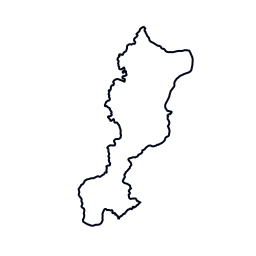 the district of Cumbitara, Nariño, Colombia, rotated 225°
{"feature_id": "7082276B90386853477374", "entity_name": "Cumbitara", "entity_type": "district", "adm_level": 2, "iso_a3": "COL", "parent_name": "Colombia", "parent_adm1": "Nariño", "projection": "natural_earth1", "projection_center": [-77.6, 1.741], "detail": "fine", "context": "isolated", "style": "outline", "palette": "ink", "viewbox_px": 256, "rotation_deg": 225, "n_neighbors": 0, "source": "geoboundaries", "source_scale": "gbopen_adm2", "svg_char_len": 5834}
<svg xmlns="http://www.w3.org/2000/svg" viewBox="0 0 256 256"><g transform="rotate(225 128 128)"><path d="M120.4,53.6L119.7,49.8L117.3,48.4L116.7,47.7L116.0,46.3L115.6,45.9L113.4,45.3L111.5,45.2L110.8,45.0L110.1,44.5L109.3,43.4L108.4,43.0L107.6,42.8L106.6,42.2L105.8,40.3L105.3,39.5L103.9,39.4L102.6,39.8L102.0,39.8L100.7,39.0L99.7,37.7L98.7,36.2L98.4,35.9L97.8,35.8L96.6,34.7L95.4,32.7L95.2,31.7L94.7,31.0L93.7,30.3L93.1,30.1L88.4,31.3L87.1,32.1L85.6,32.6L84.3,33.5L83.6,34.2L82.3,36.9L80.9,38.2L79.8,40.1L79.7,41.8L80.2,43.7L81.0,45.2L81.8,45.7L83.9,48.0L85.0,48.9L85.6,49.7L86.9,52.9L87.1,54.1L86.9,54.5L86.2,55.1L84.9,55.1L84.1,56.1L82.0,57.4L81.6,58.2L81.2,58.5L80.2,58.4L79.5,57.8L79.3,57.1L79.0,57.0L78.4,57.1L77.4,58.3L76.9,58.6L76.5,58.6L75.9,57.8L74.7,58.4L74.0,58.2L72.9,58.4L72.1,58.1L71.0,57.2L70.4,57.7L71.0,58.5L70.7,59.6L70.9,60.4L70.3,61.3L70.5,63.9L69.7,65.0L70.0,65.8L70.1,67.8L70.4,68.7L70.2,69.3L70.3,70.0L69.7,71.4L69.5,72.5L69.2,72.8L68.0,73.2L68.1,74.7L68.2,75.0L68.7,75.2L68.8,75.8L68.4,76.2L67.9,76.0L67.5,76.1L67.2,76.7L67.1,78.0L66.8,78.5L67.1,79.7L66.6,80.7L66.8,81.8L66.8,84.0L67.6,83.9L68.7,83.2L69.6,83.3L70.3,82.8L71.9,83.5L72.7,83.5L73.3,83.1L75.0,81.2L75.9,79.8L76.4,79.5L77.2,79.4L77.8,79.5L80.2,81.1L80.4,81.6L80.3,82.9L81.0,83.6L82.4,83.8L83.1,84.2L83.4,86.0L83.1,87.3L84.6,87.7L85.7,88.7L87.5,88.4L89.5,87.8L90.9,86.9L92.0,86.5L93.0,86.4L93.7,86.6L94.6,87.4L94.6,88.2L94.9,88.7L95.3,89.9L95.3,90.8L95.8,91.4L96.8,91.8L97.7,92.7L97.6,93.9L98.1,94.5L98.3,95.2L98.2,97.6L98.4,98.7L98.4,101.0L99.1,101.8L99.5,104.2L100.4,104.9L101.5,105.4L104.4,105.6L105.4,105.9L105.7,106.4L105.6,107.5L104.5,109.2L103.7,111.0L101.9,112.5L101.8,113.5L101.2,114.4L101.2,114.9L101.7,116.5L101.2,117.5L101.1,118.2L100.8,118.9L100.7,120.5L101.0,121.2L101.9,122.1L102.0,122.6L101.2,124.3L101.4,127.2L101.0,129.9L99.7,131.6L98.3,132.0L97.0,133.0L95.6,135.7L95.5,136.9L94.6,137.7L94.4,138.8L93.5,141.2L93.3,142.6L93.3,145.1L94.4,147.2L94.6,148.1L93.8,150.6L93.9,151.7L96.5,155.3L98.2,156.4L99.0,156.6L99.7,157.1L100.0,157.0L101.0,157.5L101.3,158.0L101.3,159.0L101.8,160.0L102.8,161.3L104.4,162.0L106.3,162.4L107.1,163.1L107.9,164.5L108.7,164.5L108.9,164.8L109.0,166.0L108.4,167.2L108.1,167.4L108.0,169.2L108.4,170.1L109.0,170.2L109.8,169.4L111.0,168.9L112.2,168.1L112.6,168.0L115.8,168.7L117.2,169.7L118.1,170.9L118.6,172.0L120.0,176.6L120.9,179.1L122.6,181.8L123.9,184.3L124.7,189.9L125.3,191.0L126.7,192.2L127.3,193.1L127.8,194.0L128.4,197.4L128.1,199.3L128.2,200.4L127.7,202.7L127.2,203.5L126.7,205.4L124.4,210.2L124.0,211.5L124.1,213.6L127.1,218.2L130.7,222.2L132.4,223.4L137.4,225.4L138.6,225.8L139.3,225.9L139.8,225.7L141.6,224.4L142.7,223.4L144.4,220.5L146.3,218.7L147.7,216.9L150.0,213.1L151.7,211.8L152.2,211.0L153.8,209.7L154.8,209.2L155.9,209.1L158.3,209.4L159.0,209.1L159.8,208.3L160.5,208.2L161.2,208.2L162.1,208.6L162.9,208.5L164.0,208.2L165.2,207.2L170.7,206.0L172.4,205.3L174.2,205.1L174.9,205.3L176.2,206.1L177.7,206.7L179.2,206.6L180.7,207.1L181.9,207.7L183.2,207.9L183.6,208.4L184.8,208.4L185.9,209.3L186.1,210.5L187.8,210.7L188.3,210.6L188.9,209.6L189.4,207.1L189.4,206.4L188.8,205.5L188.4,204.4L188.5,200.7L188.2,200.3L187.0,200.4L186.7,200.2L186.4,198.8L186.7,196.4L186.5,195.1L185.5,194.1L184.2,194.0L183.6,193.8L183.2,193.5L182.8,192.5L182.9,192.1L183.7,191.5L184.2,190.9L184.4,189.6L185.9,188.6L186.5,187.6L186.7,186.1L186.6,185.3L184.8,183.3L184.5,182.3L183.8,181.3L183.8,180.5L184.3,178.8L184.1,177.6L183.5,176.3L183.9,175.5L185.8,174.5L186.0,174.0L185.9,173.5L185.6,172.9L185.2,173.0L184.8,172.7L184.7,170.8L184.3,169.6L183.8,168.9L181.9,168.7L181.4,168.0L181.1,167.3L180.6,166.6L179.8,166.3L178.7,165.2L177.4,164.9L176.3,163.8L175.5,163.7L174.4,164.5L173.9,165.9L173.8,167.5L173.4,167.9L172.1,167.2L171.5,166.6L171.4,165.9L171.6,164.3L171.5,164.0L171.1,163.6L170.7,163.5L170.3,163.9L170.3,164.3L170.6,164.8L170.5,165.5L170.2,166.2L169.7,166.6L169.4,166.6L168.6,165.7L167.7,165.3L166.5,164.4L166.5,163.9L167.0,162.7L168.1,161.1L168.0,160.0L167.3,159.5L166.9,159.4L166.2,159.6L165.5,160.2L165.0,160.3L164.5,160.0L163.4,158.7L163.3,158.3L163.5,158.1L164.4,157.9L166.5,156.9L168.5,156.1L170.1,155.2L170.7,154.3L171.2,153.4L171.4,151.8L171.2,150.3L171.0,150.0L169.6,149.7L168.8,148.6L168.7,147.8L169.4,147.1L169.5,146.6L169.3,145.2L167.7,143.3L167.4,142.6L167.4,142.2L168.0,141.5L168.1,140.8L167.9,140.6L167.2,140.8L166.9,140.6L166.3,139.6L165.8,138.2L164.4,138.0L164.0,137.1L163.7,136.8L162.7,136.3L161.8,136.1L160.9,135.1L160.8,134.3L161.5,133.0L161.8,131.5L161.7,130.6L160.6,128.0L160.1,127.4L159.7,127.3L159.3,127.4L158.6,128.4L156.7,128.4L155.3,129.0L154.7,128.9L154.0,128.3L150.9,127.7L150.5,127.3L150.2,126.4L149.8,126.1L149.1,126.1L148.6,125.4L148.6,124.7L148.9,124.0L150.1,122.2L150.1,121.8L149.8,121.5L147.3,121.4L145.4,120.8L145.1,121.0L144.8,121.8L144.7,123.5L144.5,124.0L144.1,124.1L143.2,123.6L142.0,122.7L141.4,122.5L140.8,122.7L139.8,123.9L139.4,124.1L138.4,123.9L138.0,123.7L136.4,123.7L131.7,121.3L128.8,118.3L128.3,118.3L127.8,117.8L126.4,115.9L126.7,114.0L126.9,113.4L128.2,112.4L128.7,111.7L129.0,110.8L129.0,109.5L128.6,108.8L128.2,108.5L126.3,108.1L125.4,107.1L125.2,106.6L125.2,106.3L125.8,105.4L128.1,103.4L128.6,102.7L128.9,100.8L128.8,99.5L128.5,99.3L127.2,99.2L125.9,98.3L125.1,97.3L123.1,96.6L122.0,94.6L121.8,94.0L120.3,93.8L119.9,93.4L119.5,92.4L118.7,91.6L118.4,91.6L118.1,91.2L117.4,90.8L115.7,90.4L114.8,89.3L114.6,88.8L114.7,88.4L115.7,87.0L116.1,86.1L116.1,85.7L116.0,85.4L114.8,84.9L114.0,83.9L113.6,83.0L112.0,81.9L111.8,81.7L111.7,81.2L112.5,80.7L112.7,80.3L112.7,79.6L112.3,78.6L112.3,78.1L112.7,77.0L113.0,74.8L113.3,73.8L113.6,73.3L115.0,72.8L115.5,72.1L116.9,68.1L118.5,66.4L119.2,65.2L119.3,64.6L120.5,62.9L121.2,60.7L121.1,59.5L120.8,59.2L120.3,57.0L120.3,56.1L120.7,55.1L120.8,54.5L120.4,53.6Z" fill="none" stroke="#020617" stroke-width="2"/></g></svg>